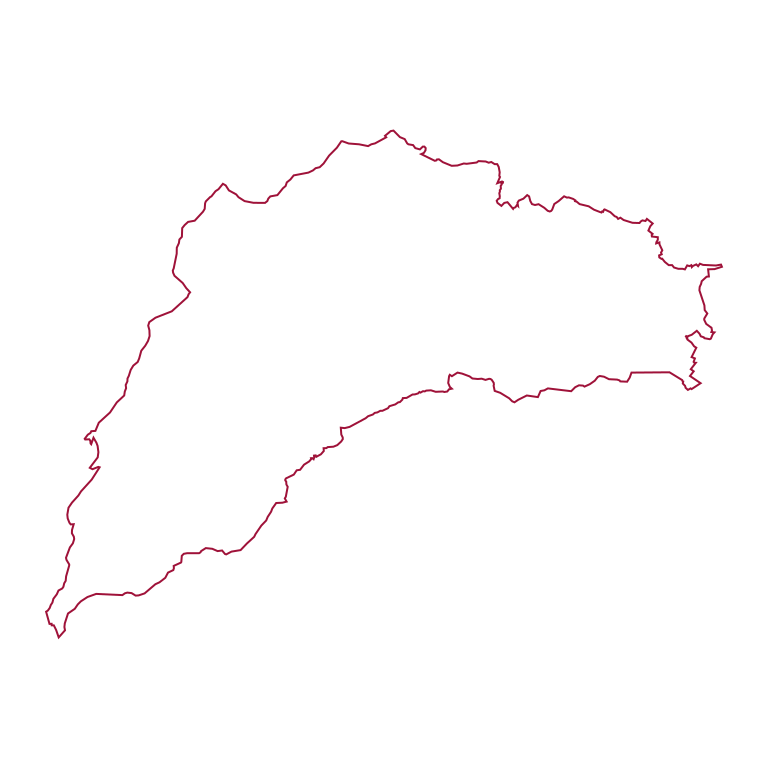 outline of Baisoara, Cluj, Romania
{"feature_id": "2599482B38927936473335", "entity_name": "Baisoara", "entity_type": "district", "adm_level": 2, "iso_a3": "ROU", "parent_name": "Romania", "parent_adm1": "Cluj", "projection": "equal_earth", "projection_center": [23.394, 46.564], "detail": "fine", "context": "isolated", "style": "outline", "palette": "rose", "viewbox_px": 768, "rotation_deg": 0, "n_neighbors": 0, "source": "geoboundaries", "source_scale": "gbopen_adm2", "svg_char_len": 6046}
<svg xmlns="http://www.w3.org/2000/svg" viewBox="0 0 768 768"><path d="M96.2,593.9L122.4,595.1L124.9,593.3L127.3,592.6L131.6,593.1L135.6,595.6L138.6,595.4L144.6,593.4L155.4,584.2L159.5,582.3L165.3,577.8L168.0,572.6L173.3,570.1L173.9,568.2L173.7,565.9L180.9,562.6L181.3,562.0L181.8,555.8L183.8,553.8L187.1,553.2L199.1,553.2L200.5,552.3L201.1,551.1L205.8,548.1L212.3,548.8L217.6,551.1L222.1,550.5L225.0,554.0L226.2,554.4L231.5,551.6L240.6,550.1L246.9,543.5L254.2,536.8L255.5,534.1L261.3,525.6L266.2,520.5L267.7,516.9L271.1,511.7L272.3,508.5L276.2,503.0L282.4,502.7L286.6,501.6L284.8,498.4L285.8,496.8L287.7,486.8L286.4,484.5L286.2,481.5L285.3,480.5L285.3,479.4L286.1,478.3L293.8,474.6L296.7,470.3L300.1,469.8L304.0,464.7L309.2,461.4L311.2,459.1L311.0,458.2L312.2,458.1L313.6,459.2L314.2,457.4L314.0,455.6L315.7,455.4L316.3,456.8L320.9,454.3L323.8,451.0L323.6,448.2L326.4,448.1L327.7,447.1L333.4,446.7L337.3,445.1L341.2,441.5L342.8,439.1L342.7,437.4L341.3,434.6L340.8,427.7L344.7,428.1L349.6,426.9L365.7,418.2L368.1,416.2L372.9,414.5L374.7,412.9L377.4,412.4L380.3,410.8L382.4,410.8L388.0,408.2L389.4,406.2L395.3,404.4L398.3,402.3L399.9,402.1L402.4,399.6L402.8,398.1L406.6,397.9L412.5,394.5L414.9,394.4L418.1,393.4L419.4,392.0L420.5,392.6L423.0,391.2L424.8,391.4L426.2,390.6L430.9,390.3L435.7,391.8L442.9,391.5L444.3,392.0L447.3,391.5L449.0,389.3L451.8,388.7L449.9,387.0L448.2,383.0L449.1,376.1L449.8,374.8L451.9,376.2L457.5,372.6L462.1,373.6L469.6,376.4L472.4,378.5L477.8,379.0L481.7,378.7L485.5,379.9L489.1,378.8L490.5,379.0L491.7,379.8L493.7,382.8L493.9,384.7L493.6,385.7L494.7,390.9L500.2,392.8L509.2,398.3L512.2,401.3L514.5,402.3L518.2,399.8L526.8,395.5L537.9,397.1L540.6,391.0L544.4,390.3L547.9,388.4L571.2,391.2L575.2,387.2L579.0,385.3L583.0,385.6L584.5,386.6L589.8,384.2L594.8,380.7L597.8,376.9L599.8,376.0L604.0,376.7L609.0,379.2L617.1,379.6L619.5,380.4L620.3,381.4L627.1,381.7L629.7,377.6L631.5,372.6L669.5,372.3L682.2,380.1L682.7,381.5L683.2,381.6L682.8,383.5L685.1,385.9L685.6,387.8L687.9,389.9L690.6,388.4L691.6,389.1L700.6,383.2L690.0,376.0L693.7,371.3L690.8,369.2L695.8,362.8L694.3,362.7L693.6,361.9L694.9,358.4L691.6,357.1L696.3,347.7L694.1,346.3L691.5,342.6L687.5,339.6L686.8,338.3L687.2,338.0L685.9,336.5L686.2,336.1L687.5,336.8L687.9,336.2L691.7,334.8L696.8,330.8L699.5,333.7L700.8,336.3L703.8,337.3L704.4,338.2L709.8,339.2L710.9,338.6L712.7,334.3L714.4,332.4L711.4,332.0L712.0,330.5L711.5,327.8L706.2,323.9L704.2,319.8L704.3,318.5L707.3,313.5L704.7,310.1L704.4,305.4L699.4,290.3L699.7,286.9L701.1,283.9L701.7,281.2L706.6,276.7L708.9,276.5L708.1,269.3L714.6,269.1L721.9,266.8L721.0,264.6L716.0,265.5L703.0,264.9L699.9,263.7L698.1,266.2L696.3,264.4L693.0,265.9L691.8,267.1L691.3,265.2L689.4,266.1L687.2,265.4L684.9,269.4L682.6,268.8L678.3,268.8L674.0,267.5L672.1,265.1L668.7,265.1L664.8,261.9L662.2,258.7L661.5,258.9L659.3,257.4L659.1,255.4L661.7,254.3L661.0,252.6L662.3,250.3L659.5,244.4L659.4,242.4L656.2,243.4L656.4,242.2L657.8,239.8L657.8,237.2L651.9,236.5L651.7,234.9L652.6,233.9L648.4,230.6L650.3,226.2L652.7,223.5L646.9,218.9L645.5,221.0L642.4,220.4L640.7,221.5L639.5,223.0L632.5,222.8L623.6,220.0L620.4,217.7L618.1,218.9L616.7,217.0L614.7,216.2L610.4,212.2L604.6,209.4L604.0,209.7L603.1,211.8L602.2,211.4L601.5,212.5L599.9,212.0L594.0,209.7L588.7,206.3L579.6,204.1L576.7,201.7L575.1,201.2L575.4,200.4L573.1,198.9L568.7,197.4L566.9,197.6L564.1,196.3L558.6,201.1L554.3,204.0L552.2,209.6L551.2,210.9L549.8,211.5L547.7,210.8L544.3,207.8L538.6,204.2L535.0,205.0L532.0,204.1L530.3,201.0L529.1,196.4L527.2,195.1L523.4,198.7L518.8,200.6L517.5,202.7L518.0,205.9L517.0,204.9L515.4,207.3L513.7,207.9L513.1,208.9L507.5,202.2L504.3,202.9L501.4,205.9L497.5,202.9L496.7,200.8L498.0,199.1L499.6,198.3L499.8,196.2L499.3,193.2L499.9,191.7L499.8,190.2L500.9,188.7L500.7,185.9L501.7,184.5L501.4,183.5L502.9,182.8L503.0,182.0L502.0,181.5L497.3,183.2L500.0,177.0L499.3,175.8L499.7,172.3L498.7,166.9L497.2,164.1L494.6,164.1L491.3,162.0L488.7,162.7L485.7,161.5L478.5,161.1L476.7,162.5L466.7,163.8L463.8,163.5L457.4,165.5L451.7,165.8L442.9,162.2L438.9,159.3L436.9,159.5L436.4,160.4L434.8,160.8L421.2,154.1L423.9,152.9L425.5,150.3L425.7,148.1L424.4,146.6L422.8,146.6L419.9,149.4L415.3,148.1L413.1,145.1L408.4,144.3L407.2,143.4L404.7,139.1L399.9,137.1L393.5,130.6L390.7,131.1L385.0,135.8L386.2,137.3L375.0,143.4L371.3,144.3L368.1,146.1L359.1,144.3L348.7,143.5L342.3,141.2L341.3,141.3L336.9,147.7L329.1,155.6L323.6,163.5L319.7,167.2L315.6,168.2L313.0,170.4L308.4,172.6L293.7,175.4L290.4,179.5L286.8,182.4L285.6,186.0L283.0,188.2L277.4,195.1L270.3,196.4L268.3,198.6L267.3,201.1L265.0,202.9L253.4,202.8L244.6,201.1L238.5,197.2L236.2,194.4L228.9,190.4L225.7,185.4L222.9,183.8L218.5,189.2L215.5,191.2L211.4,196.4L210.2,197.0L205.8,201.4L205.1,203.3L204.7,208.9L203.0,211.7L194.7,220.7L188.1,221.9L184.7,225.0L182.2,228.1L181.9,236.8L179.4,239.5L178.9,243.1L176.8,247.7L176.7,253.7L173.7,268.4L172.8,270.5L173.1,272.7L174.5,275.8L182.7,283.0L186.3,288.2L190.1,292.3L188.6,294.2L187.5,297.1L171.8,311.3L155.5,317.7L149.3,322.1L148.2,325.6L149.4,330.2L149.6,336.1L148.0,341.0L145.2,345.8L141.3,350.7L139.2,358.4L137.7,362.0L133.3,365.6L130.7,369.9L128.8,375.9L127.5,378.5L127.4,381.4L125.7,385.0L126.1,388.2L124.8,391.5L124.2,395.5L116.8,402.4L110.0,412.5L98.8,422.7L95.4,430.9L91.3,431.2L90.4,433.0L87.8,434.7L84.7,438.8L85.2,439.5L89.3,439.3L90.3,440.8L90.6,443.5L91.2,444.2L93.5,437.7L96.4,442.7L97.6,445.9L98.4,452.2L97.7,457.4L89.8,467.8L92.5,469.2L98.3,466.9L99.6,467.3L91.7,479.6L81.0,491.4L78.4,495.5L72.0,502.6L68.5,507.7L67.3,514.7L67.7,518.4L69.4,522.7L70.7,524.4L73.7,524.2L72.0,530.0L71.9,533.3L73.8,536.6L74.2,539.0L72.9,543.3L69.9,547.4L66.0,557.8L66.5,559.9L69.2,564.4L69.2,565.5L66.1,576.4L65.7,580.8L64.2,583.3L63.4,586.8L62.2,588.5L58.5,590.5L56.8,594.3L53.4,598.8L52.4,602.6L50.8,605.0L49.7,608.0L47.8,610.6L46.1,611.7L49.5,623.9L51.6,623.8L51.7,625.3L53.8,625.3L56.1,629.9L58.7,637.4L65.0,630.3L64.4,627.0L64.8,623.4L68.0,613.5L74.8,608.8L77.8,604.4L80.9,601.3L87.5,597.0L96.2,593.9Z" fill="none" stroke="#9f1239" stroke-width="2"/></svg>